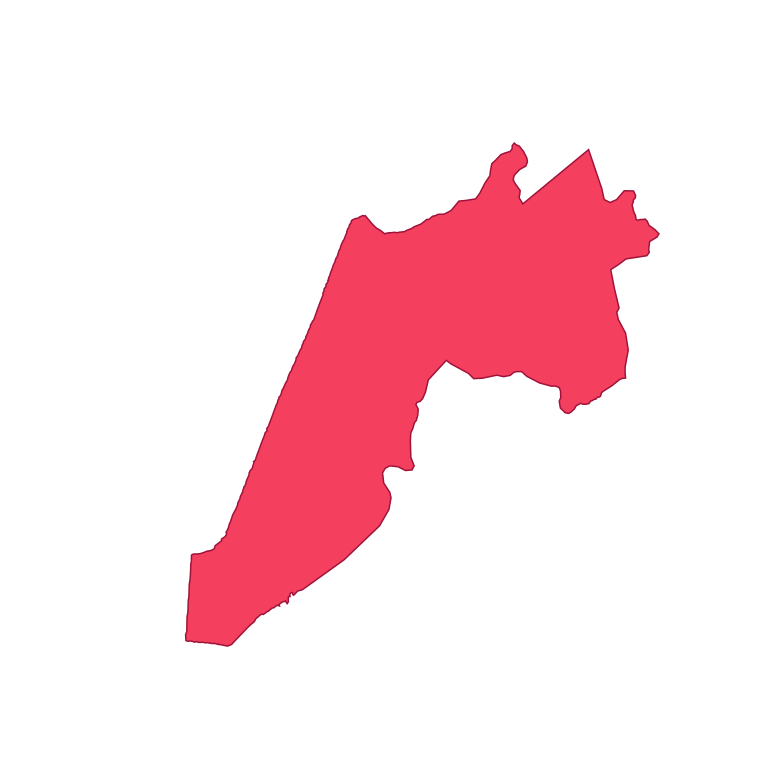 Niafunke, Timbuktu, Mali, rotated 321°
{"feature_id": "8926073B8185774675652", "entity_name": "Niafunke", "entity_type": "district", "adm_level": 2, "iso_a3": "MLI", "parent_name": "Mali", "parent_adm1": "Timbuktu", "projection": "natural_earth1", "projection_center": [-4.268, 15.872], "detail": "fine", "context": "isolated", "style": "filled", "palette": "rose", "viewbox_px": 768, "rotation_deg": 321, "n_neighbors": 0, "source": "geoboundaries", "source_scale": "gbopen_adm2", "svg_char_len": 5610}
<svg xmlns="http://www.w3.org/2000/svg" viewBox="0 0 768 768"><g transform="rotate(321 384 384)"><path d="M692.3,385.0L680.8,387.1L673.9,385.2L671.2,379.2L676.2,369.2L690.5,330.6L605.3,331.4L606.1,324.8L607.0,323.4L608.4,322.5L611.6,319.3L611.7,316.9L611.8,315.6L612.1,310.7L612.8,307.0L614.6,305.1L616.3,304.0L618.8,303.4L624.5,302.7L630.3,303.7L631.4,303.9L635.3,301.6L637.2,298.3L638.8,290.8L638.8,287.2L638.9,284.4L637.7,282.1L637.3,281.3L636.8,278.7L633.7,279.4L633.3,279.9L631.3,282.0L628.2,282.6L626.1,281.7L625.6,281.5L623.6,280.7L622.2,280.2L619.3,279.3L610.8,280.4L606.5,280.6L601.0,285.2L597.3,288.8L589.1,291.3L578.3,296.1L571.7,297.8L565.6,294.3L563.5,293.1L557.3,289.0L553.4,289.8L548.4,290.8L545.2,291.4L541.2,290.6L537.4,289.8L534.2,287.1L531.9,285.8L530.5,285.8L527.3,284.2L522.3,284.3L520.8,283.0L513.6,283.0L506.1,280.7L503.6,280.6L501.1,279.8L498.5,278.9L497.1,278.7L495.7,278.5L493.5,277.0L490.5,275.1L489.6,275.0L488.1,273.2L487.6,272.7L484.9,271.0L482.9,269.5L480.3,268.1L479.1,267.8L477.7,261.7L476.3,258.6L476.1,257.1L475.8,254.7L475.6,252.5L475.5,251.4L475.5,249.4L475.4,243.2L475.4,241.4L474.6,241.1L474.4,240.9L474.1,240.5L473.4,239.7L471.5,239.2L470.1,238.8L468.2,238.8L466.2,237.6L462.9,236.6L461.4,236.6L459.8,238.0L457.5,238.5L455.2,240.2L453.4,240.6L451.6,241.9L451.0,242.0L450.2,243.0L445.8,245.4L443.4,246.8L442.5,246.9L438.2,249.0L436.9,249.9L434.7,251.4L433.4,251.8L430.3,253.8L428.9,254.8L427.1,255.8L425.5,256.2L422.3,258.4L419.4,259.7L417.7,260.9L414.1,263.0L413.6,263.2L412.0,264.2L411.4,264.6L410.5,265.4L407.6,266.7L407.1,267.4L406.6,268.0L405.6,268.0L405.6,268.9L404.3,269.3L403.7,269.5L402.8,269.8L401.4,270.2L400.7,271.6L397.4,272.3L396.3,273.6L394.3,274.7L393.5,275.1L392.8,276.4L391.1,277.3L389.8,278.0L385.7,280.3L385.0,280.7L381.7,282.7L378.3,284.7L372.4,288.4L371.7,288.8L369.6,290.0L367.9,290.3L366.2,291.1L363.6,292.1L362.9,293.2L359.2,294.7L356.1,296.7L352.9,298.1L351.5,299.5L350.3,299.8L348.1,300.3L347.0,301.4L344.6,302.4L343.2,303.8L339.7,305.1L335.8,307.2L335.2,307.6L332.1,308.4L331.0,309.7L327.0,312.0L324.6,312.8L322.8,313.7L320.2,315.5L319.0,315.6L318.0,316.0L315.8,317.1L313.0,318.8L311.4,320.2L308.2,321.3L303.8,323.6L300.7,324.8L297.7,327.1L295.9,327.9L295.4,328.1L294.1,328.1L293.3,329.0L292.8,329.5L291.7,329.6L290.4,330.6L288.9,331.8L286.5,332.7L284.5,334.1L282.5,335.2L280.3,336.5L278.4,337.7L276.2,339.0L275.7,339.3L273.0,340.9L270.5,342.3L269.8,342.7L267.2,344.3L265.0,344.7L264.3,345.9L263.2,346.9L261.2,347.0L257.9,349.2L255.3,350.6L249.7,353.8L246.0,356.1L241.7,358.6L238.0,360.9L235.9,362.3L233.9,362.1L233.6,363.2L231.1,364.8L230.1,365.4L229.8,365.6L228.6,366.7L226.6,366.9L225.5,367.1L224.7,367.5L224.3,367.7L223.7,368.0L223.1,368.3L222.0,369.7L217.7,371.8L215.3,373.2L214.3,374.2L211.5,375.8L210.2,375.8L209.6,376.5L207.4,377.8L206.5,378.9L204.8,379.4L203.4,380.3L202.8,380.4L201.2,381.3L199.8,382.5L195.6,384.4L193.7,386.1L190.1,388.0L186.7,389.4L183.9,390.6L181.8,392.0L178.0,394.4L175.7,395.5L172.7,397.7L170.5,398.9L167.9,399.8L167.4,401.5L166.4,401.9L164.3,402.6L160.1,402.2L159.1,403.6L151.0,403.4L148.6,405.1L147.1,405.0L144.5,404.4L141.0,402.4L138.4,401.7L134.3,400.1L130.9,397.9L130.1,397.0L127.8,395.8L126.6,395.9L122.8,400.5L120.7,402.2L115.1,408.6L111.7,412.3L109.8,414.3L106.6,417.1L98.7,426.3L95.6,429.1L90.3,435.3L87.9,438.0L84.7,440.7L82.9,442.8L75.0,452.2L71.9,454.1L70.0,456.9L68.8,458.5L68.6,458.8L69.1,459.7L69.7,460.6L70.6,461.1L71.2,461.3L72.8,462.9L73.9,464.8L74.7,465.7L75.9,465.9L76.6,467.0L77.3,468.1L79.2,469.7L80.1,470.1L82.3,472.7L83.6,473.6L86.1,476.4L87.8,478.2L88.7,478.5L89.4,479.5L91.5,482.4L91.8,482.2L93.1,483.9L97.4,489.2L101.6,490.5L105.1,490.0L124.3,487.5L128.7,487.1L133.7,487.1L136.5,485.8L143.7,485.6L145.3,487.2L145.9,487.2L149.8,487.4L150.5,487.4L151.1,487.8L156.1,487.7L157.2,488.5L161.2,488.6L162.3,489.4L163.1,490.7L163.7,489.2L168.1,489.5L170.0,490.5L170.8,490.5L170.8,490.8L170.5,493.7L172.5,493.2L172.9,492.8L173.2,492.3L174.7,490.5L174.8,490.4L175.1,489.7L175.4,489.5L176.1,489.3L177.2,490.1L177.8,489.4L177.9,488.7L179.0,487.9L180.9,487.8L181.5,488.5L180.6,490.3L180.9,491.3L186.6,490.6L191.0,492.5L242.4,495.5L250.7,494.8L252.2,494.7L263.6,493.7L291.4,491.4L308.9,484.6L315.0,479.3L317.8,476.9L320.3,471.9L320.9,466.3L321.5,460.7L324.2,456.5L326.9,452.2L331.8,450.3L336.9,451.2L342.9,457.2L346.2,464.7L351.6,468.4L355.9,466.6L358.7,457.9L368.7,444.8L374.0,438.9L378.2,436.8L383.5,433.2L386.1,432.7L388.2,431.2L390.5,429.6L394.7,425.2L395.4,422.3L395.8,420.1L398.0,419.0L401.1,420.2L404.8,419.7L411.1,416.4L421.0,408.7L447.3,404.8L448.5,410.0L456.3,428.9L457.1,436.3L464.1,441.4L477.3,448.2L481.6,453.6L487.5,456.7L492.7,456.7L495.6,458.4L498.8,461.0L499.8,467.8L505.5,481.0L511.1,488.8L512.8,491.1L515.7,493.3L517.9,496.8L516.9,500.3L512.9,505.7L509.3,507.7L505.9,513.8L506.7,519.5L506.5,519.8L507.4,521.3L509.1,523.1L511.9,523.5L516.3,523.2L519.8,521.8L522.5,522.4L524.7,522.9L525.9,524.9L528.1,526.8L531.1,528.2L533.7,527.3L535.5,528.0L537.8,528.2L539.1,529.1L541.3,528.6L543.3,529.7L544.7,529.7L547.6,527.6L550.7,527.7L560.3,528.8L569.8,528.8L572.2,529.4L575.5,531.4L577.2,528.8L579.2,526.0L582.2,522.4L595.1,511.4L603.7,496.6L606.7,481.3L610.0,474.8L614.5,472.9L623.2,454.7L632.2,437.8L641.7,438.8L650.8,439.1L660.4,444.7L669.0,449.7L672.9,448.7L674.7,445.6L680.1,440.5L688.6,441.6L692.2,440.3L691.7,434.5L689.8,427.5L691.0,423.0L690.8,420.2L688.3,418.8L686.7,417.4L684.4,416.5L683.4,414.9L685.5,411.3L686.4,407.4L688.1,403.9L689.4,401.1L692.4,399.3L693.8,397.9L696.4,397.5L698.2,395.8L699.4,391.0L692.3,385.0Z" fill="#f43f5e" stroke="#9f1239" stroke-width="1.5"/></g></svg>